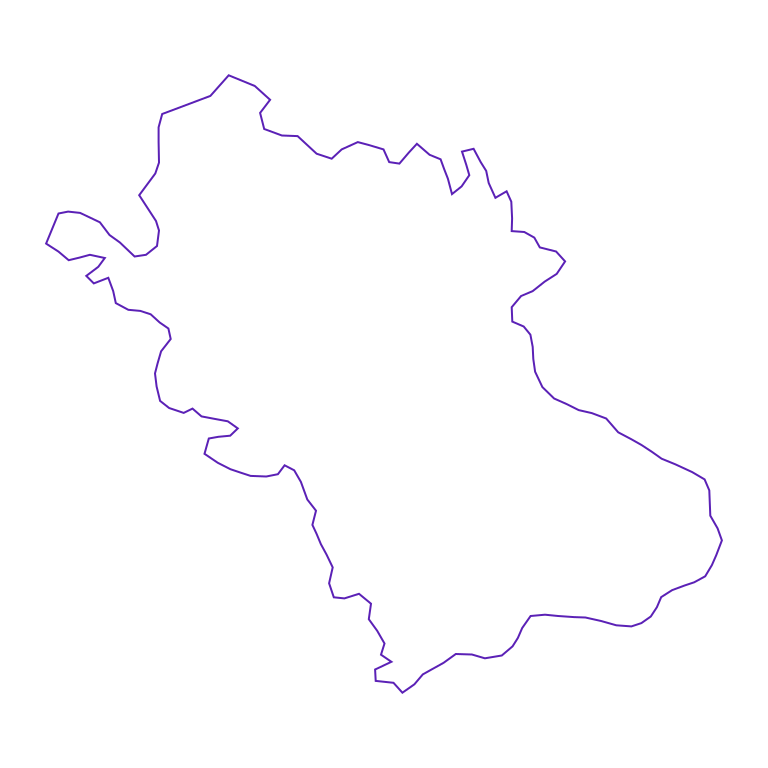 the district of Grupiara, Minas Gerais, Brazil
{"feature_id": "56859067B48235881193791", "entity_name": "Grupiara", "entity_type": "district", "adm_level": 2, "iso_a3": "BRA", "parent_name": "Brazil", "parent_adm1": "Minas Gerais", "projection": "albers", "projection_center": [-47.765, -18.488], "detail": "fine", "context": "isolated", "style": "outline", "palette": "violet", "viewbox_px": 768, "rotation_deg": 0, "n_neighbors": 0, "source": "geoboundaries", "source_scale": "gbopen_adm2", "svg_char_len": 2283}
<svg xmlns="http://www.w3.org/2000/svg" viewBox="0 0 768 768"><path d="M402.4,692.7L414.4,684.3L422.8,674.4L432.6,668.9L443.6,662.8L455.8,654.0L471.9,654.5L484.9,658.3L501.8,655.5L512.6,646.3L517.9,637.9L522.2,628.0L530.6,616.0L545.0,614.7L558.1,616.0L574.0,617.1L585.4,617.5L601.1,621.0L616.3,625.3L631.4,626.4L641.4,623.1L650.8,616.5L656.9,607.2L661.2,597.1L672.2,590.1L684.6,585.5L694.2,582.3L705.2,576.3L711.9,565.1L716.2,555.3L721.9,540.4L717.6,528.4L710.3,515.7L709.3,490.4L704.6,479.4L692.2,472.1L675.3,464.3L661.6,458.7L652.3,452.1L641.5,445.0L630.9,439.0L618.2,432.3L606.2,418.5L591.8,413.1L578.7,410.1L566.7,404.1L554.1,398.5L542.4,387.1L535.1,371.7L533.3,359.0L532.7,346.9L530.4,334.7L523.7,326.5L512.3,321.6L511.7,307.2L521.1,296.0L532.7,291.1L544.7,281.6L556.7,273.9L565.1,261.4L556.1,251.5L539.8,247.4L534.3,237.6L524.3,232.0L511.7,231.1L512.1,218.4L511.3,201.7L506.6,191.3L495.4,197.8L488.7,183.0L486.2,170.9L480.7,162.1L473.6,148.8L462.0,151.6L466.3,164.9L469.3,175.2L461.6,186.4L452.0,194.1L447.9,178.7L444.2,169.2L440.6,159.3L429.6,154.8L416.9,143.8L408.8,152.6L399.4,163.6L389.2,162.1L383.5,149.4L368.4,144.9L357.8,142.1L341.7,149.4L331.7,158.7L316.6,153.7L297.6,136.1L281.9,135.5L264.2,129.0L260.1,112.9L270.1,99.8L254.8,86.0L228.7,75.3L210.4,95.9L162.2,114.0L158.6,127.3L158.6,142.2L159.0,162.6L155.3,173.5L139.2,195.2L156.0,221.0L159.0,230.5L157.0,246.0L146.0,254.8L134.6,256.5L119.9,242.5L109.5,235.0L99.9,222.3L80.1,212.9L68.1,211.6L58.5,213.5L46.1,243.6L58.5,251.6L68.7,260.2L79.5,257.6L89.9,254.8L104.8,258.0L98.3,266.8L86.3,275.9L93.8,283.4L108.3,277.8L113.2,291.1L115.8,303.1L128.3,309.8L140.3,310.9L150.7,314.3L159.7,322.5L168.4,328.5L170.7,339.0L161.1,351.3L157.6,363.3L155.0,373.4L156.6,386.5L160.1,400.9L169.1,408.0L183.7,412.9L192.5,408.6L201.5,416.4L214.7,418.9L227.8,421.3L237.8,428.4L230.2,435.7L218.4,436.8L208.8,438.5L204.5,453.8L217.8,462.8L230.4,469.2L240.8,472.7L250.6,475.9L266.3,476.5L277.9,474.2L284.6,465.3L294.2,470.3L300.9,481.9L307.3,499.5L316.0,510.7L312.4,524.9L316.6,533.9L320.9,544.2L326.6,554.7L332.7,567.4L329.1,583.3L333.8,597.3L344.4,598.4L359.0,593.8L371.0,603.7L368.8,619.2L377.2,630.8L384.5,643.5L381.0,654.7L391.4,661.8L375.1,669.5L375.7,680.9L393.5,682.8L402.4,692.7Z" fill="none" stroke="#5b21b6" stroke-width="2"/></svg>